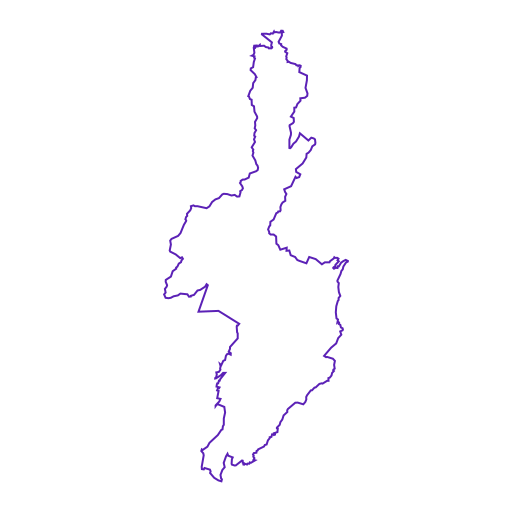 the district of Teziutlán, Puebla, Mexico
{"feature_id": "50627088B50990328034226", "entity_name": "Teziutlán", "entity_type": "district", "adm_level": 2, "iso_a3": "MEX", "parent_name": "Mexico", "parent_adm1": "Puebla", "projection": "mercator", "projection_center": [-97.359, 19.874], "detail": "fine", "context": "isolated", "style": "outline", "palette": "violet", "viewbox_px": 512, "rotation_deg": 0, "n_neighbors": 0, "source": "geoboundaries", "source_scale": "gbopen_adm2", "svg_char_len": 6025}
<svg xmlns="http://www.w3.org/2000/svg" viewBox="0 0 512 512"><path d="M201.9,469.1L203.8,469.4L204.5,468.0L209.9,469.6L210.6,471.3L210.1,473.0L214.2,477.8L218.4,480.4L221.4,481.3L221.9,479.3L221.1,478.4L220.5,474.9L222.4,469.9L224.7,467.2L223.7,462.9L226.0,456.4L227.5,453.8L228.2,455.7L232.7,457.4L231.9,459.2L231.6,463.7L231.9,464.6L234.6,465.5L235.8,465.4L242.0,460.5L242.7,460.7L242.8,462.8L243.6,463.0L243.4,464.5L244.1,464.7L245.0,463.8L247.0,464.5L247.5,463.6L249.3,463.7L249.8,462.4L250.9,462.8L255.2,460.3L253.5,459.8L254.4,458.1L253.3,456.7L253.7,455.6L253.0,454.6L253.8,453.1L256.4,452.7L256.6,450.9L257.7,450.4L258.1,449.4L264.0,446.5L264.8,445.0L266.6,444.5L267.9,440.4L269.7,438.2L269.7,437.2L271.4,436.9L272.1,434.3L273.6,434.4L273.9,435.0L275.0,434.6L275.0,433.8L274.3,433.9L274.0,433.2L277.4,432.1L277.8,428.6L276.9,428.3L276.9,427.6L279.7,424.8L280.4,422.1L282.3,419.5L283.6,415.4L287.3,412.0L287.2,410.3L287.9,409.0L295.3,402.7L297.7,402.6L303.3,404.3L305.3,402.0L306.3,399.5L306.2,397.0L307.1,395.2L310.8,390.4L312.0,390.3L314.5,387.6L315.7,387.4L319.4,383.9L321.8,383.3L322.6,383.6L327.1,380.8L328.5,380.8L328.4,378.1L329.8,377.6L331.5,375.5L332.1,372.9L333.9,371.0L333.2,370.3L333.4,369.6L334.7,368.6L334.1,364.9L334.9,360.9L332.9,358.7L327.0,356.9L326.1,357.2L324.1,355.9L331.1,347.7L336.2,343.4L338.2,338.1L341.3,334.7L340.2,331.4L342.6,330.3L342.9,329.6L342.6,328.3L340.9,327.4L340.3,324.8L338.8,324.0L339.1,322.6L338.4,321.9L337.4,322.6L338.0,319.5L336.5,318.4L335.8,312.3L336.3,306.2L337.8,301.0L338.6,300.0L338.6,298.0L340.3,295.9L338.9,292.1L338.3,287.0L338.8,283.1L337.5,281.6L337.4,280.6L340.5,274.1L341.4,270.9L342.7,269.4L343.4,266.5L346.0,262.5L347.8,261.6L347.9,261.0L345.7,259.9L343.3,261.1L341.1,262.7L338.8,266.4L337.8,266.3L337.5,268.0L335.7,267.8L334.0,268.7L333.2,267.9L333.6,267.3L335.4,266.0L335.4,264.9L338.8,261.3L337.5,260.3L338.5,258.7L337.4,257.9L335.0,257.9L334.3,257.3L333.8,258.4L330.0,261.2L329.5,262.3L324.9,262.3L321.9,264.3L315.7,259.1L309.2,257.0L306.4,263.3L299.2,260.8L297.3,260.0L295.1,257.0L290.7,255.2L289.3,250.5L286.5,250.8L286.7,247.7L280.3,249.7L278.3,245.2L276.4,243.7L276.1,236.5L273.6,234.5L270.6,234.5L269.2,233.3L269.2,231.9L268.1,229.4L269.3,226.3L270.2,225.5L270.4,221.8L273.6,219.5L276.3,213.2L277.8,212.5L278.2,211.5L280.1,211.3L280.6,210.2L280.4,207.1L281.3,204.5L282.6,202.5L285.3,200.8L285.1,196.8L286.4,194.0L285.1,192.0L284.2,189.3L291.1,186.2L295.5,176.8L296.6,178.0L299.2,177.1L300.3,174.3L296.2,171.9L295.9,169.1L302.6,163.5L306.3,157.5L306.6,153.8L308.5,152.7L310.8,150.0L312.3,146.3L315.1,144.4L315.4,142.8L315.0,139.4L313.7,138.4L311.3,137.7L308.4,140.5L299.9,133.3L299.0,136.6L296.0,141.5L293.4,143.7L291.1,147.4L290.1,148.2L289.4,148.0L289.4,139.6L290.9,134.9L291.0,132.7L289.5,126.0L289.7,125.1L292.9,123.2L293.9,121.8L293.7,118.0L290.9,116.6L294.3,111.6L294.3,107.7L296.1,107.4L297.4,104.0L300.5,100.7L300.3,98.3L305.0,97.7L307.2,95.9L307.5,93.4L305.5,87.9L306.9,80.3L307.0,75.6L299.3,72.1L299.6,68.0L300.5,67.2L300.7,65.8L299.7,65.3L298.4,65.9L298.4,65.4L296.4,65.3L295.5,64.1L290.6,62.9L288.9,61.8L287.6,62.0L287.7,60.9L286.3,59.1L286.6,57.4L286.2,56.4L287.3,53.2L285.2,51.8L285.1,51.2L286.7,49.7L286.6,48.6L282.7,46.8L281.1,45.3L281.2,44.1L279.3,43.5L278.6,41.8L281.9,35.6L281.8,32.5L283.3,32.1L282.7,30.8L281.2,30.7L280.1,32.5L279.0,32.6L276.0,32.0L274.4,32.4L274.0,31.5L272.8,33.6L270.9,33.3L269.8,34.4L266.3,33.7L262.0,33.8L261.9,34.4L271.9,42.4L271.2,45.1L271.4,46.8L272.1,46.9L272.2,47.5L271.5,48.3L268.8,48.3L268.4,47.5L265.9,47.1L264.0,45.7L260.1,46.0L259.9,44.8L257.9,46.5L257.2,46.4L256.9,45.5L254.2,45.7L254.0,46.8L255.5,47.3L255.0,48.1L253.8,48.2L254.4,52.8L253.5,54.9L251.9,55.7L254.5,56.4L254.1,57.7L255.0,58.4L253.8,62.0L253.1,67.2L250.8,68.4L250.6,70.1L254.8,74.1L256.5,77.2L255.8,77.5L255.4,80.1L253.2,83.1L252.7,87.8L250.3,90.7L248.3,96.1L248.9,96.3L249.9,99.0L251.6,99.7L251.8,105.0L254.0,106.3L254.5,111.7L257.1,116.5L257.2,118.1L255.0,121.9L255.3,125.5L254.7,128.3L256.1,130.2L254.5,133.0L254.2,135.7L255.2,136.6L254.0,139.3L255.0,142.0L251.7,147.3L253.3,149.7L252.8,151.0L253.4,152.6L252.5,155.6L255.3,160.4L256.3,164.1L257.5,165.6L258.1,167.7L257.7,170.0L256.2,171.2L249.8,173.5L248.7,177.6L244.7,179.5L242.6,179.6L240.7,180.9L240.7,182.0L240.0,183.0L242.3,186.4L242.9,188.3L242.0,190.0L240.2,191.2L240.5,192.4L239.4,196.4L237.1,196.6L234.7,194.9L231.5,195.5L227.4,194.1L223.8,193.8L222.3,194.4L219.0,198.1L215.4,199.4L212.1,202.0L209.4,206.4L206.6,208.2L197.5,206.2L194.9,206.2L193.5,205.4L190.9,206.2L191.2,208.2L190.2,210.4L187.0,213.8L187.2,215.9L186.1,217.0L185.4,219.3L186.2,220.4L186.1,221.1L183.9,224.8L180.5,233.1L178.1,235.9L171.5,238.9L170.2,240.6L170.9,244.5L169.7,250.5L170.2,251.6L175.7,254.4L180.2,258.1L182.0,257.3L182.9,258.8L181.5,260.4L181.0,262.2L178.8,263.6L177.4,266.6L176.1,267.6L176.2,268.7L172.7,271.2L170.9,276.6L165.8,279.9L165.7,281.8L167.1,285.2L166.7,286.6L164.9,288.9L165.6,292.6L164.1,294.4L165.6,297.8L168.4,298.2L170.8,297.8L173.6,296.3L177.9,295.4L180.4,293.6L187.4,294.3L189.0,296.7L190.8,296.5L190.9,295.8L194.0,294.9L197.5,290.5L200.2,289.9L205.1,286.7L206.6,284.2L207.8,285.2L198.5,311.7L218.5,310.9L239.2,323.8L237.6,325.7L236.9,325.7L236.7,326.8L237.1,332.3L237.7,333.4L237.7,338.4L230.0,347.0L230.0,348.8L228.7,351.7L230.8,353.2L230.7,354.7L228.6,353.7L227.0,354.2L225.9,355.9L225.1,360.0L223.3,360.8L221.3,365.1L220.0,364.0L220.6,366.2L220.1,368.6L220.4,369.7L218.9,371.9L216.3,372.4L216.8,374.5L216.1,377.4L215.3,377.9L215.2,378.5L215.9,378.4L220.9,375.2L223.1,372.9L225.2,372.9L220.4,378.9L219.6,380.8L218.9,380.7L218.2,383.3L217.3,383.3L216.9,384.2L216.5,386.6L219.5,387.4L219.0,388.3L218.0,388.1L217.1,390.4L218.6,390.9L217.2,398.2L220.5,398.9L219.3,401.5L215.6,405.4L215.6,406.1L216.5,404.8L218.0,404.3L224.3,406.9L225.1,412.5L223.8,418.5L223.8,424.8L222.9,426.2L222.5,429.4L221.3,429.9L217.8,435.1L209.5,442.8L207.4,446.7L202.6,450.0L201.8,449.4L201.3,451.0L203.3,453.3L203.7,455.3L201.7,466.8L201.9,469.1Z" fill="none" stroke="#5b21b6" stroke-width="2"/></svg>